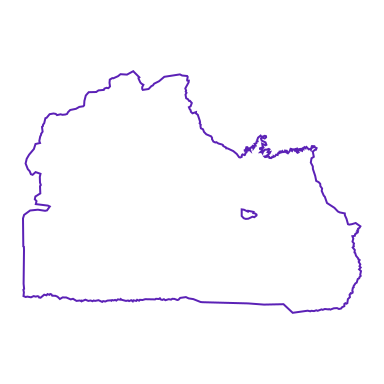 Gokwe South, Midlands, Zimbabwe (Mercator projection)
{"feature_id": "62879985B62286453442238", "entity_name": "Gokwe South", "entity_type": "district", "adm_level": 2, "iso_a3": "ZWE", "parent_name": "Zimbabwe", "parent_adm1": "Midlands", "projection": "mercator", "projection_center": [28.824, -18.131], "detail": "fine", "context": "isolated", "style": "outline", "palette": "violet", "viewbox_px": 384, "rotation_deg": 0, "n_neighbors": 0, "source": "geoboundaries", "source_scale": "gbopen_adm2", "svg_char_len": 5977}
<svg xmlns="http://www.w3.org/2000/svg" viewBox="0 0 384 384"><path d="M23.0,218.4L23.3,246.4L23.9,246.8L24.0,250.0L23.6,283.8L24.1,288.9L23.4,289.7L23.9,292.4L23.5,296.1L25.7,297.0L27.3,296.6L31.0,297.3L33.7,296.1L35.6,296.6L37.6,296.2L38.6,296.5L39.1,297.5L40.6,297.7L44.2,294.7L46.5,295.3L47.5,294.1L49.4,294.8L50.2,294.0L51.4,294.4L52.2,295.7L55.4,295.8L57.5,296.7L59.9,299.0L62.6,297.4L66.3,297.5L70.7,299.4L73.0,298.8L76.5,300.9L79.9,300.5L81.5,301.3L81.9,300.6L82.6,300.9L85.4,299.7L88.3,300.9L90.6,300.5L92.6,301.2L93.6,300.5L95.1,300.9L98.5,300.2L102.2,301.9L103.1,301.1L105.3,301.5L107.4,300.6L111.1,300.3L111.4,300.7L112.2,300.1L113.7,300.4L115.1,299.9L116.3,300.6L117.8,299.4L120.5,299.7L120.8,299.1L121.7,299.8L126.0,300.9L128.1,300.5L129.1,301.1L131.2,300.2L132.8,301.4L133.4,300.3L136.3,300.9L137.1,299.8L139.1,300.7L139.9,299.8L142.5,300.0L145.2,299.2L155.1,299.4L156.0,298.8L158.8,299.0L159.9,298.3L160.6,299.4L162.3,299.9L163.9,299.2L165.4,300.2L168.7,299.2L171.1,299.6L172.3,298.8L174.4,298.9L177.3,300.0L178.5,299.7L180.2,297.9L185.9,297.1L188.7,298.4L193.3,299.1L200.6,302.0L202.5,302.2L248.0,303.4L264.0,304.6L283.5,304.2L292.7,312.8L307.7,310.7L310.3,311.3L311.3,310.8L314.0,311.1L316.3,310.3L317.7,310.8L321.5,309.4L322.7,309.8L324.9,309.0L328.4,309.4L329.1,309.1L330.3,309.6L333.8,308.3L337.0,308.1L339.0,309.0L341.1,308.5L342.1,307.2L344.3,306.2L344.4,303.9L345.4,303.2L346.3,303.7L347.3,303.2L347.9,299.1L349.9,297.2L349.6,294.7L350.7,293.2L351.3,293.5L352.6,292.7L352.7,291.5L352.3,290.9L352.8,288.0L353.7,287.3L353.5,286.3L355.4,283.4L356.7,282.6L357.8,279.0L359.2,278.3L359.4,277.3L360.7,275.9L360.2,274.8L361.0,271.1L359.1,269.3L360.7,267.5L359.5,266.2L360.3,264.4L358.7,261.9L359.6,260.1L358.4,259.5L358.4,258.7L356.0,255.7L355.2,253.0L354.5,252.5L354.8,250.0L352.7,247.5L353.9,246.2L353.5,245.2L354.0,243.5L352.5,241.7L353.3,238.6L352.4,236.2L354.8,235.8L355.1,234.2L356.5,233.4L356.6,232.4L357.6,232.5L358.0,231.8L357.3,230.4L358.3,229.8L358.1,228.7L359.5,227.8L360.4,226.3L355.6,223.0L351.8,224.2L349.2,224.6L348.0,224.2L346.5,218.8L344.9,215.3L344.8,213.4L339.7,212.4L337.9,211.5L334.4,207.8L327.0,203.0L324.8,196.7L323.8,195.7L321.7,190.9L322.1,188.5L320.4,186.2L320.2,183.8L318.7,182.2L316.2,180.9L315.2,175.9L312.9,169.0L312.8,166.4L310.8,162.6L311.5,158.3L313.8,156.8L312.8,151.6L314.9,149.9L316.0,149.7L316.6,148.1L314.9,147.3L314.4,146.2L312.7,146.1L313.2,147.3L312.4,147.7L311.6,147.1L310.9,149.8L310.3,148.9L308.8,149.4L306.5,147.0L305.9,147.7L305.3,147.4L305.3,148.0L304.4,147.3L302.5,148.3L303.5,148.3L303.5,149.4L302.1,149.0L302.0,150.8L301.3,150.5L300.8,148.9L300.0,149.0L300.5,149.8L300.2,150.3L298.8,149.5L298.0,151.3L298.6,152.2L297.6,152.8L296.8,152.2L296.7,150.4L295.9,150.1L296.3,149.3L297.1,149.4L297.0,148.6L295.5,149.0L295.5,151.6L294.3,149.4L292.2,149.3L291.6,149.9L292.4,150.5L292.1,151.0L291.0,150.1L291.1,148.9L290.6,148.8L289.7,151.1L287.9,153.3L286.2,152.3L286.4,151.5L287.0,151.4L286.8,150.8L285.1,150.6L285.1,151.5L283.9,152.1L283.0,151.9L282.6,151.3L282.1,152.2L280.9,152.5L280.8,151.4L279.6,151.6L279.6,152.3L278.9,152.6L279.4,153.1L277.8,153.9L277.6,155.0L276.1,154.7L275.0,156.3L274.1,156.6L273.7,156.3L273.7,156.8L272.5,157.3L272.1,157.0L271.1,158.1L269.4,157.9L269.3,156.9L268.8,156.5L265.1,157.1L264.5,156.5L265.8,156.3L267.8,154.9L269.6,153.4L270.2,152.1L268.6,152.6L267.6,152.2L269.5,149.4L268.8,148.9L266.5,149.7L265.0,149.6L263.0,151.8L262.5,153.2L261.7,152.0L260.4,152.1L262.5,149.9L262.0,148.8L260.1,149.0L260.0,148.3L261.7,147.7L262.9,148.1L263.5,147.4L262.6,146.1L262.2,143.8L265.6,145.3L266.4,144.8L265.5,142.4L261.7,140.6L261.0,138.5L262.4,137.6L264.7,138.5L266.1,137.3L266.0,136.2L264.8,135.8L261.6,137.0L260.6,135.6L258.1,137.6L257.2,140.0L257.6,141.3L256.6,141.5L256.4,143.2L254.6,143.8L255.6,145.6L254.2,145.8L254.5,147.0L253.6,148.2L253.6,146.7L252.6,146.0L252.0,147.5L251.3,147.2L250.4,147.9L251.1,148.7L250.0,148.1L249.6,148.3L250.3,150.6L248.8,149.2L248.4,150.4L247.6,150.7L247.0,149.8L247.8,147.8L247.4,147.2L246.4,147.2L245.6,149.8L244.7,150.2L244.8,150.8L246.4,150.9L246.5,152.4L245.3,153.2L245.1,154.7L244.6,155.1L242.5,154.4L241.8,155.3L241.7,156.9L240.2,157.5L239.1,157.2L236.8,154.0L233.3,151.1L227.4,148.3L226.2,148.3L226.0,147.5L223.2,146.0L222.9,145.0L222.0,144.5L218.4,143.5L216.4,142.2L215.3,142.5L213.4,141.6L212.0,139.1L212.1,138.0L211.2,136.4L206.3,134.3L204.0,131.9L203.0,129.3L200.9,128.3L200.4,125.9L200.8,124.9L199.6,123.2L200.1,122.3L199.8,120.8L197.8,114.8L195.9,113.3L196.0,112.1L192.5,113.3L190.9,111.8L190.6,110.1L189.8,109.3L188.9,107.2L190.6,106.3L191.8,103.0L190.0,100.9L189.2,101.0L187.9,99.2L186.2,98.3L185.5,94.6L186.5,92.8L185.7,91.6L186.1,90.6L185.3,88.4L188.6,82.4L188.8,80.7L187.4,80.7L187.1,80.1L187.7,76.9L187.1,76.0L182.1,75.5L179.9,74.4L164.3,76.8L159.1,81.2L154.1,83.7L152.9,85.4L151.4,86.1L148.6,89.0L142.8,89.9L142.2,88.9L142.2,87.1L143.4,84.8L141.4,83.6L140.3,82.4L138.5,78.5L138.5,77.9L139.3,77.3L133.2,71.2L127.0,74.6L120.5,74.2L118.0,76.2L113.3,78.3L112.3,78.1L109.8,79.6L109.5,82.8L110.0,86.4L108.8,87.8L108.2,88.2L106.6,87.8L104.4,88.6L103.8,89.9L98.5,90.4L96.2,92.0L88.7,92.2L85.8,95.5L84.4,100.9L84.1,105.4L83.2,106.3L79.3,106.9L76.0,108.8L70.2,110.0L68.0,112.2L67.1,113.9L65.4,114.5L62.5,114.8L60.6,114.3L57.0,115.1L55.7,113.9L53.5,113.5L49.6,114.2L46.6,117.8L45.4,118.2L44.2,123.2L43.1,124.6L42.9,126.1L42.0,126.9L42.6,131.7L41.1,133.8L41.1,134.8L40.2,136.5L39.3,141.0L40.0,143.0L35.5,144.0L33.9,149.0L29.1,154.7L26.7,158.8L25.6,163.5L27.8,169.1L29.7,171.2L30.9,174.2L32.6,174.8L35.6,172.1L40.5,173.8L39.8,176.9L40.0,182.6L40.8,185.0L40.0,186.2L40.3,193.4L35.4,196.5L34.8,199.2L36.5,201.1L35.8,204.1L47.9,205.6L49.8,206.5L47.0,210.4L45.1,210.8L37.9,209.7L30.1,210.5L24.1,214.9L23.0,218.4ZM241.7,216.0L241.7,209.4L243.9,209.7L247.9,211.6L248.1,210.8L253.6,211.9L253.3,213.1L255.1,213.5L256.5,214.5L256.5,215.5L254.3,217.2L252.5,216.7L248.3,218.7L245.7,218.9L243.7,218.2L241.7,216.0Z" fill="none" stroke="#5b21b6" stroke-width="2"/></svg>